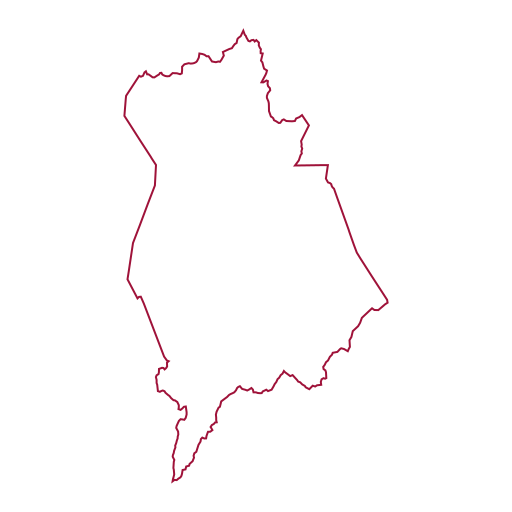 Serra Talhada, Pernambuco, Brazil
{"feature_id": "56859067B63489137036469", "entity_name": "Serra Talhada", "entity_type": "district", "adm_level": 2, "iso_a3": "BRA", "parent_name": "Brazil", "parent_adm1": "Pernambuco", "projection": "equal_earth", "projection_center": [-38.379, -8.059], "detail": "fine", "context": "isolated", "style": "outline", "palette": "rose", "viewbox_px": 512, "rotation_deg": 0, "n_neighbors": 0, "source": "geoboundaries", "source_scale": "gbopen_adm2", "svg_char_len": 4247}
<svg xmlns="http://www.w3.org/2000/svg" viewBox="0 0 512 512"><path d="M199.4,53.5L198.8,57.6L197.1,61.0L196.1,62.1L194.3,63.0L192.8,63.4L190.7,63.6L188.7,63.2L184.4,64.3L182.1,66.7L182.1,70.1L181.8,73.4L180.1,74.2L177.0,73.3L172.6,73.1L169.4,76.1L167.2,76.3L165.3,76.0L163.4,75.2L162.2,74.4L161.4,72.8L160.0,73.0L159.1,74.4L157.1,75.6L154.4,77.4L152.6,77.3L150.6,75.8L148.5,74.3L147.1,74.3L145.9,71.3L144.5,72.4L143.0,75.8L140.9,76.7L139.2,75.8L126.1,95.8L125.8,98.6L125.3,104.7L124.6,113.3L124.4,115.9L128.8,122.7L137.1,135.7L140.3,140.7L150.7,156.7L151.7,158.4L156.0,165.0L154.9,185.5L147.7,204.2L139.8,225.3L133.0,243.0L128.7,271.7L127.5,279.3L137.5,298.4L139.0,296.9L140.8,296.7L143.8,303.5L164.1,356.6L166.9,360.5L168.6,361.2L167.0,362.6L167.1,366.5L166.1,368.1L164.6,369.4L163.5,368.0L162.0,367.8L160.5,368.4L159.0,368.9L158.9,372.4L158.5,374.1L156.6,375.3L155.9,377.1L156.6,379.9L156.6,383.0L157.2,384.7L157.9,391.1L159.9,391.8L161.3,391.0L162.8,390.5L164.5,391.2L165.5,392.8L168.2,395.1L169.4,395.9L171.2,398.2L173.5,400.2L174.8,400.3L177.3,402.0L178.8,405.2L178.8,407.1L178.5,409.1L180.5,409.9L182.3,408.5L183.9,406.8L185.8,406.5L186.6,412.2L186.6,414.5L185.7,417.9L184.3,419.8L182.9,419.5L180.6,419.2L178.9,420.9L177.4,424.2L176.6,426.0L176.2,427.9L178.1,431.5L178.3,434.5L177.7,436.7L177.6,438.5L176.9,440.3L176.2,443.1L175.2,445.6L175.4,447.4L174.1,450.8L173.7,453.1L172.9,455.1L172.7,456.7L174.3,459.9L173.8,461.8L173.4,468.0L173.8,469.7L174.2,474.4L173.7,476.5L173.0,479.0L172.6,481.3L174.5,479.9L176.7,480.1L178.3,478.7L180.4,477.4L181.4,475.9L182.0,473.8L182.6,470.0L185.5,469.4L186.2,466.5L189.1,465.7L189.6,463.9L192.6,461.2L193.2,459.6L194.0,457.7L193.6,455.8L194.3,453.3L196.3,451.8L198.5,444.8L200.5,441.6L200.9,439.1L202.3,437.6L204.3,438.5L206.1,438.4L206.5,436.0L207.2,434.0L208.0,431.8L210.3,431.7L212.4,430.1L211.4,428.3L210.6,427.0L211.8,425.1L213.9,423.9L215.0,422.5L216.7,422.3L216.2,420.2L216.2,417.6L215.9,414.6L216.6,411.7L218.6,407.6L219.9,406.8L220.6,404.0L221.2,401.4L224.8,398.7L227.1,397.0L229.0,395.0L230.5,394.1L232.8,393.1L234.3,392.3L236.0,390.3L237.1,388.0L238.2,387.0L239.9,386.2L242.1,388.9L245.4,389.8L247.2,390.5L249.0,389.6L251.4,388.0L252.9,389.6L253.5,392.3L255.8,392.3L257.8,393.0L260.1,393.2L261.7,393.1L262.8,391.4L264.5,390.6L266.3,389.7L268.0,391.1L269.8,390.4L271.6,389.7L273.6,386.3L274.6,384.2L276.3,382.0L277.6,379.1L279.2,377.7L280.7,375.1L282.5,373.7L283.9,371.0L285.1,372.3L287.6,374.1L290.2,376.1L292.6,375.1L295.4,378.2L297.0,379.9L298.2,381.6L300.2,382.3L302.2,384.4L304.8,385.9L305.7,387.3L309.3,389.2L312.7,385.7L315.2,386.5L317.0,385.3L321.2,384.8L320.8,381.9L321.6,379.3L323.5,378.2L325.1,378.7L326.3,378.1L326.0,372.3L325.4,370.4L323.6,369.1L323.2,366.9L324.7,364.9L326.0,362.2L328.0,360.5L329.9,356.8L332.0,354.7L332.7,352.8L337.4,351.9L340.1,349.0L341.2,348.3L344.0,349.0L347.8,351.2L348.8,348.8L349.9,346.9L349.5,340.2L351.4,337.0L352.8,331.1L358.1,326.2L360.1,322.8L361.9,317.8L372.0,308.3L374.4,310.0L378.3,310.1L385.1,304.3L387.6,302.7L387.1,299.8L371.7,276.1L360.5,258.6L356.8,252.6L353.9,244.9L349.4,232.1L348.5,229.3L337.1,197.5L334.0,188.7L332.5,187.3L331.7,185.9L331.2,184.1L330.0,183.1L328.0,182.4L325.9,178.6L327.9,165.1L324.0,165.1L303.4,165.4L295.0,165.5L298.8,160.4L300.6,155.1L301.8,153.5L301.4,151.3L302.2,148.6L301.4,146.5L301.7,144.6L301.1,141.1L308.9,125.4L302.0,115.1L299.4,117.1L296.1,118.5L294.9,121.0L292.0,121.3L286.3,121.0L283.8,119.4L282.2,120.1L280.3,122.8L278.8,123.0L276.2,121.3L274.0,120.2L273.3,118.3L272.1,117.2L270.9,116.5L269.0,111.1L268.9,105.5L268.8,103.2L268.4,101.4L266.9,97.9L266.9,96.0L267.9,93.1L270.2,90.3L269.9,88.2L268.1,86.2L267.5,83.9L267.9,81.1L266.5,80.5L263.3,82.4L261.5,82.3L265.5,74.9L266.3,73.1L267.0,70.5L264.1,68.7L263.4,66.4L262.4,62.4L261.0,60.6L262.7,53.5L260.7,53.2L260.6,51.2L260.9,49.2L259.8,47.7L258.8,45.4L258.9,42.6L257.5,41.3L256.3,40.1L254.7,41.5L253.5,39.9L251.4,40.2L249.9,41.4L248.4,40.9L246.4,37.4L245.8,35.8L244.8,34.8L243.3,30.7L240.7,36.2L238.5,37.8L237.4,39.1L236.6,43.0L234.7,44.2L233.2,46.2L231.9,48.2L229.3,49.0L222.9,52.0L223.8,55.6L221.5,59.7L220.0,61.8L218.3,61.5L215.9,62.2L212.0,61.5L208.5,56.2L206.6,56.3L204.6,54.8L202.3,54.0L199.4,53.5Z" fill="none" stroke="#9f1239" stroke-width="2"/></svg>